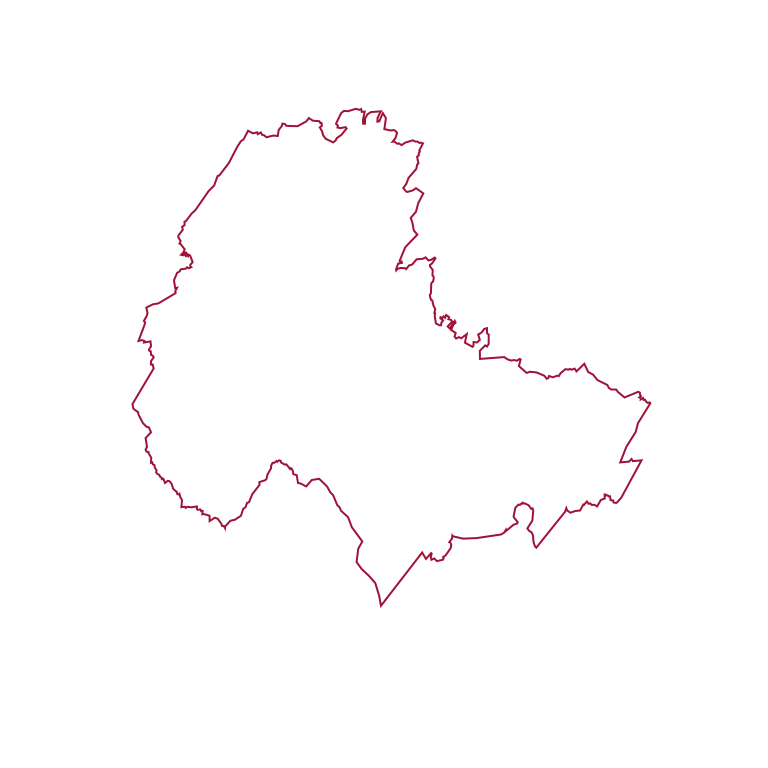 "Vestre Toten" nor, Oppland, Norway, rotated 306°
{"feature_id": "86288312B46682555778915", "entity_name": "\"Vestre Toten\" nor", "entity_type": "district", "adm_level": 2, "iso_a3": "NOR", "parent_name": "Norway", "parent_adm1": "Oppland", "projection": "robinson", "projection_center": [10.584, 60.628], "detail": "fine", "context": "isolated", "style": "outline", "palette": "rose", "viewbox_px": 768, "rotation_deg": 306, "n_neighbors": 0, "source": "geoboundaries", "source_scale": "gbopen_adm2", "svg_char_len": 6166}
<svg xmlns="http://www.w3.org/2000/svg" viewBox="0 0 768 768"><g transform="rotate(306 384 384)"><path d="M210.7,219.4L208.0,223.9L200.1,222.9L193.9,229.2L190.8,229.7L189.7,231.5L190.5,233.6L189.7,234.1L187.6,238.9L183.4,241.8L184.4,242.3L183.1,244.5L183.5,246.0L181.8,247.5L180.4,250.9L178.7,251.4L178.0,253.5L178.4,255.6L177.4,257.3L177.5,259.2L176.4,260.2L177.6,261.2L175.2,265.1L178.6,265.9L179.3,267.8L178.3,271.0L175.3,275.0L174.8,279.8L173.4,281.6L174.0,283.0L174.9,283.1L172.7,285.8L171.4,288.8L165.3,292.5L167.6,295.0L167.2,296.4L169.0,297.0L171.2,300.9L175.0,304.6L173.0,306.0L172.7,307.1L174.6,309.3L173.7,310.8L174.7,311.9L171.8,313.6L172.8,314.5L174.9,320.3L170.6,323.5L176.3,325.7L177.3,328.6L175.3,334.6L174.0,336.3L175.0,337.9L174.0,340.0L175.2,339.2L183.1,340.1L186.4,343.1L193.3,345.7L200.2,343.5L202.8,344.4L207.4,343.1L209.0,344.3L217.3,342.2L229.2,342.6L231.4,340.8L236.4,344.5L238.3,344.7L242.4,342.9L249.3,342.2L251.7,340.6L254.8,340.2L255.8,341.6L258.5,342.3L258.4,343.4L260.6,344.0L261.1,345.5L260.0,347.0L260.5,351.2L261.6,352.3L260.0,358.1L261.2,358.2L261.2,359.0L260.3,361.1L257.8,363.6L258.9,367.0L253.3,372.7L254.5,375.0L255.4,381.3L263.9,382.0L269.2,387.3L267.6,398.3L264.8,404.1L264.1,408.3L258.6,417.3L258.1,420.6L256.2,423.8L255.1,433.3L249.2,442.2L243.9,459.0L235.6,460.0L223.8,466.5L221.1,475.0L220.1,483.7L217.8,494.0L209.8,504.6L202.8,511.9L270.1,513.9L267.2,520.8L274.9,521.5L274.8,522.3L271.4,523.6L269.7,525.7L272.4,527.2L271.8,530.9L276.4,534.9L278.1,534.7L278.6,533.5L281.6,534.6L290.5,534.4L293.6,532.8L294.8,530.6L294.5,529.8L298.8,529.9L301.6,528.4L301.3,529.3L305.4,538.9L313.6,549.3L330.9,567.0L334.4,568.6L337.8,568.3L337.1,569.2L346.2,571.5L349.4,573.7L350.8,573.4L352.5,567.4L353.3,566.5L361.2,563.0L365.6,563.7L366.0,565.0L369.3,565.8L368.9,566.8L370.0,567.5L370.9,572.3L369.5,576.5L370.7,577.3L369.1,579.3L360.7,584.3L351.4,584.9L350.5,587.8L350.7,590.7L349.1,593.5L343.9,598.0L341.4,601.6L341.1,603.4L387.1,605.6L390.7,604.5L389.4,606.4L389.4,610.4L393.8,613.5L396.9,617.0L403.6,616.1L403.6,616.8L408.2,617.2L407.3,620.0L408.6,620.9L408.3,623.2L410.0,625.4L410.2,628.4L417.7,627.6L421.1,629.9L424.3,627.4L424.9,628.5L424.2,629.1L425.4,630.4L425.2,632.2L426.0,632.9L423.2,635.6L424.5,637.9L423.2,639.1L423.4,640.4L424.7,642.1L431.4,642.8L473.6,637.2L467.9,630.7L468.8,628.3L465.3,627.9L459.4,621.2L475.6,617.0L493.2,615.8L501.6,612.5L524.9,610.8L525.3,609.9L523.7,608.3L523.7,607.0L524.7,604.4L523.7,603.4L525.0,601.8L522.6,600.8L523.5,600.4L523.2,598.4L525.3,598.9L526.1,597.0L527.4,596.2L527.2,594.3L514.5,586.5L515.1,577.9L516.0,575.2L513.1,571.0L513.0,568.2L514.5,565.2L512.6,554.4L514.5,547.5L513.7,542.2L518.1,534.2L507.3,532.3L508.5,529.2L505.8,527.3L505.4,525.5L503.9,524.6L502.7,522.1L496.7,520.5L493.1,520.8L492.6,519.3L488.6,516.6L487.5,512.8L485.3,513.4L483.9,512.6L484.9,508.8L483.0,500.6L479.7,494.9L476.8,492.9L477.8,482.6L484.2,480.1L484.0,479.0L480.9,477.8L479.9,475.2L477.7,473.1L476.5,469.3L476.5,465.5L460.7,446.9L467.2,442.0L474.8,443.2L474.8,445.3L477.8,445.2L485.5,439.7L485.6,437.6L489.7,434.5L487.4,432.7L483.0,432.7L479.4,431.1L476.0,435.6L472.3,434.9L470.6,431.8L467.3,434.0L466.1,433.8L465.0,425.2L473.0,421.6L466.4,419.6L465.9,417.0L463.2,415.6L463.8,413.2L467.4,412.0L467.2,406.6L472.8,405.2L475.6,405.9L476.6,404.1L467.6,404.6L468.0,401.7L474.6,402.5L475.3,400.6L474.3,398.0L476.4,397.3L476.3,393.7L473.5,394.5L473.8,392.4L471.9,392.4L471.3,390.5L470.2,391.0L470.3,394.4L467.3,394.4L465.1,395.7L464.1,394.3L463.5,390.4L468.8,385.1L471.2,383.8L471.0,383.1L474.8,381.3L476.5,377.9L480.0,373.9L479.7,372.8L481.0,370.7L483.1,368.7L484.8,368.7L493.2,363.1L495.9,363.4L498.9,362.0L500.1,360.9L500.2,359.5L504.9,356.4L506.3,351.9L507.4,351.2L509.6,352.0L515.8,351.8L516.1,350.7L511.6,348.8L510.1,347.2L510.9,343.2L508.1,341.8L504.1,337.1L497.0,336.5L494.7,334.6L489.9,334.4L490.1,333.0L487.5,329.1L485.2,327.3L483.1,327.1L483.8,326.4L489.6,324.7L492.6,327.3L493.3,326.3L492.1,326.1L492.7,324.3L507.2,320.8L524.4,323.2L525.8,317.8L531.6,311.7L534.0,308.0L542.2,308.6L550.5,305.4L561.3,303.8L561.2,294.8L557.4,293.4L553.2,290.1L552.7,289.0L553.8,284.4L559.1,284.4L565.2,282.7L577.0,283.7L581.2,281.8L582.7,282.2L587.3,277.2L589.7,277.7L591.2,276.4L593.1,276.4L593.6,275.3L601.6,274.1L600.9,271.9L599.8,271.0L599.9,268.8L598.5,266.7L598.0,264.0L591.7,259.3L587.6,257.8L587.4,254.6L586.2,253.6L586.2,249.7L585.1,248.6L589.5,248.7L594.4,247.2L595.3,246.0L595.4,242.9L593.1,240.5L590.4,234.5L600.2,229.3L602.5,223.8L593.7,225.8L592.4,224.4L595.5,222.4L602.7,221.1L596.3,213.6L592.4,212.1L587.4,212.7L583.5,215.6L582.3,214.1L585.6,211.6L593.0,208.3L591.1,206.1L593.0,203.9L591.3,202.9L590.1,199.5L583.5,194.5L581.4,191.1L578.1,190.1L566.3,192.2L565.9,194.9L564.2,195.6L565.2,198.1L569.2,201.9L568.7,203.6L560.5,203.1L555.2,201.3L552.4,201.7L549.6,200.9L548.1,192.7L549.4,188.6L551.9,185.6L553.9,181.2L556.3,182.0L558.4,180.1L557.7,179.2L558.6,177.3L555.2,171.6L555.0,166.9L550.8,166.8L541.7,162.5L535.5,153.3L536.1,150.8L534.9,148.8L532.7,149.7L527.5,149.5L522.2,152.3L519.9,148.4L514.5,143.8L514.7,140.9L514.0,138.9L515.1,136.5L511.9,135.0L513.1,133.5L509.7,130.6L509.0,125.2L499.4,126.6L496.2,125.5L489.5,125.9L471.6,128.6L455.9,128.2L454.5,127.1L444.8,129.9L436.8,128.7L413.6,129.2L408.8,128.2L399.3,128.0L398.0,127.2L395.4,129.3L392.5,128.3L390.5,130.6L383.4,130.4L381.9,131.1L380.1,135.5L377.4,136.0L377.7,137.0L375.8,143.6L372.5,144.4L369.3,143.9L370.3,146.1L373.2,145.6L374.1,146.7L373.6,147.6L371.8,147.1L371.0,148.6L372.8,149.1L372.3,150.3L373.8,149.9L374.0,151.6L370.1,157.6L366.6,157.2L365.3,158.2L365.2,159.4L362.9,158.1L362.7,156.1L360.9,155.9L357.3,152.2L355.0,152.5L352.4,151.3L344.5,153.1L338.8,158.8L340.2,160.0L336.1,160.7L335.0,162.0L316.6,154.1L312.5,150.1L306.1,146.8L302.5,150.9L299.9,152.0L293.8,152.7L293.5,154.4L291.5,155.4L274.5,160.1L277.3,162.5L277.9,165.1L276.5,165.5L281.2,170.0L277.7,173.3L273.6,173.6L272.9,174.8L273.4,176.0L270.7,178.4L270.9,180.7L270.0,182.1L265.9,182.0L263.2,183.6L262.7,184.1L263.8,185.4L261.2,188.5L219.9,192.3L216.7,195.8L216.6,201.8L215.1,203.1L210.7,211.8L209.8,216.9L210.7,219.4Z" fill="none" stroke="#9f1239" stroke-width="2"/></g></svg>